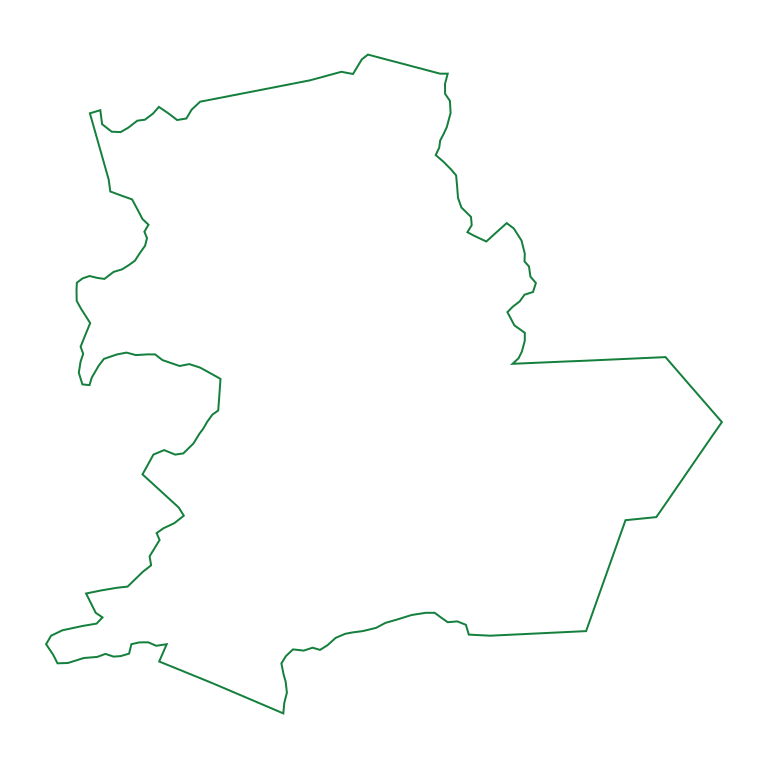 Farias Brito, Ceará, Brazil
{"feature_id": "56859067B39946839588909", "entity_name": "Farias Brito", "entity_type": "district", "adm_level": 2, "iso_a3": "BRA", "parent_name": "Brazil", "parent_adm1": "Ceará", "projection": "mercator", "projection_center": [-39.584, -6.906], "detail": "fine", "context": "isolated", "style": "outline", "palette": "green", "viewbox_px": 768, "rotation_deg": 0, "n_neighbors": 0, "source": "geoboundaries", "source_scale": "gbopen_adm2", "svg_char_len": 2427}
<svg xmlns="http://www.w3.org/2000/svg" viewBox="0 0 768 768"><path d="M46.1,644.2L53.2,654.8L57.5,663.3L67.9,663.0L83.8,658.0L97.3,656.9L105.4,653.9L113.6,656.6L120.7,656.1L129.1,653.6L131.4,644.2L139.2,642.4L148.2,642.3L156.3,645.8L166.7,644.2L159.2,661.5L211.5,682.8L283.3,713.4L284.3,702.9L286.9,692.6L285.7,681.9L283.6,674.5L281.4,663.4L285.9,656.1L293.0,649.4L303.7,650.6L312.6,647.7L320.0,649.9L327.4,645.3L335.6,637.9L345.2,633.8L352.7,632.4L362.7,631.1L376.0,627.9L385.4,622.9L397.2,619.5L411.6,615.0L425.7,612.8L434.7,612.8L440.6,617.2L447.7,622.2L457.3,621.4L465.9,624.8L468.8,634.6L490.2,635.7L586.1,631.1L625.5,520.2L656.3,517.1L664.1,505.9L711.9,436.4L721.9,422.1L688.5,383.7L665.5,357.1L583.5,360.8L565.6,361.5L512.6,363.8L518.6,358.2L521.9,351.5L524.8,340.7L524.8,332.8L514.4,325.4L507.4,312.1L512.9,306.6L519.7,301.4L524.5,294.7L533.0,292.0L535.9,283.0L530.4,276.6L529.0,266.5L524.5,261.4L524.8,253.6L521.5,240.5L513.8,228.5L506.7,223.1L494.0,234.5L486.3,241.5L474.0,235.7L467.4,232.2L471.7,225.2L471.0,216.9L461.4,207.5L458.0,197.8L457.0,184.8L456.1,175.4L451.3,169.7L443.2,161.5L435.7,155.1L439.2,147.7L440.2,140.5L443.7,133.8L446.8,127.1L450.6,112.9L449.9,100.9L445.1,93.8L445.0,83.9L447.7,73.7L440.2,73.7L367.9,54.6L361.8,59.4L353.0,74.0L341.4,71.8L309.6,80.4L200.1,101.7L191.6,109.7L186.4,118.5L177.1,120.0L167.9,113.0L158.9,106.9L153.0,113.6L144.9,119.7L137.3,120.7L128.4,127.6L120.6,132.1L111.7,131.7L102.1,124.2L100.3,110.2L89.9,113.3L108.7,179.6L110.3,191.5L122.2,195.9L132.1,199.4L137.6,209.7L142.5,219.1L148.5,224.7L144.4,231.7L147.0,238.1L145.1,245.7L139.5,253.6L135.0,260.6L128.8,265.1L122.2,269.3L113.6,271.9L104.4,278.9L97.3,277.9L89.5,276.0L82.4,278.5L76.9,282.7L76.5,289.8L76.7,300.9L80.9,308.5L90.2,323.1L85.0,335.7L80.6,346.7L83.2,353.8L80.6,361.5L78.8,372.7L82.4,384.4L89.5,385.1L91.8,377.5L98.7,365.7L103.9,358.9L116.7,354.5L126.5,352.6L135.9,355.1L147.0,354.4L155.1,354.4L162.5,360.1L179.6,366.0L189.3,364.1L200.1,367.6L209.4,372.7L220.5,378.9L218.9,401.6L218.2,410.5L212.3,414.7L207.2,421.8L203.4,428.4L199.4,433.8L193.5,443.4L183.3,453.4L175.2,454.6L164.1,450.1L153.4,454.6L147.5,465.4L142.5,474.4L178.8,507.6L183.8,515.7L174.4,523.1L163.4,528.3L156.6,533.1L159.6,540.0L149.6,556.3L151.1,565.3L142.8,571.8L127.6,586.6L116.7,587.8L101.3,590.4L86.1,593.5L95.7,612.8L102.5,617.4L96.6,623.6L82.4,626.0L62.4,630.3L51.1,635.7L46.1,644.2Z" fill="none" stroke="#15803d" stroke-width="2"/></svg>